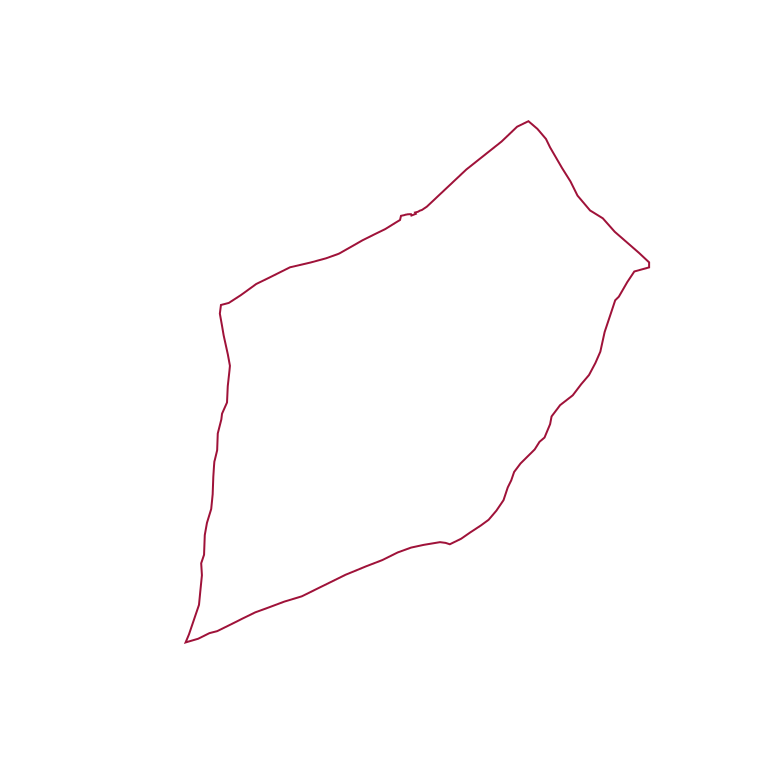 Akoko South West, Ondo, Nigeria (orthographic projection), rotated 334°
{"feature_id": "59680162B66461609617276", "entity_name": "Akoko South West", "entity_type": "district", "adm_level": 2, "iso_a3": "NGA", "parent_name": "Nigeria", "parent_adm1": "Ondo", "projection": "orthographic", "projection_center": [5.689, 7.401], "detail": "fine", "context": "isolated", "style": "outline", "palette": "rose", "viewbox_px": 768, "rotation_deg": 334, "n_neighbors": 0, "source": "geoboundaries", "source_scale": "gbopen_adm2", "svg_char_len": 1760}
<svg xmlns="http://www.w3.org/2000/svg" viewBox="0 0 768 768"><g transform="rotate(334 384 384)"><path d="M633.7,221.9L629.0,211.1L616.4,211.1L596.0,217.6L579.2,221.3L567.4,223.9L552.0,227.3L548.5,228.4L546.2,229.1L500.2,243.4L494.3,244.2L492.1,243.9L490.3,244.1L488.5,243.8L487.1,243.5L487.2,245.0L482.5,244.6L482.7,243.2L481.4,242.6L479.8,241.9L478.6,241.6L477.7,241.3L476.2,241.1L473.0,240.3L470.3,243.6L464.9,244.1L453.0,245.3L445.3,245.3L441.0,245.3L427.8,245.4L401.1,247.1L399.5,247.0L386.9,245.6L371.2,242.6L350.7,237.9L328.7,238.1L315.8,238.1L313.0,238.1L294.1,241.4L280.0,243.1L272.1,241.5L267.3,248.8L263.9,260.8L261.2,270.0L256.6,289.0L253.5,300.1L251.0,304.2L242.6,317.5L234.8,331.8L225.4,339.7L222.3,344.5L212.9,355.6L205.0,370.4L198.9,377.8L197.5,379.4L195.2,383.3L189.9,392.6L182.2,407.0L181.8,407.8L173.9,420.6L164.0,431.2L156.7,441.2L147.4,458.6L141.1,465.0L136.5,476.1L128.7,488.7L120.9,501.4L98.9,523.6L92.4,529.3L105.3,531.5L117.9,531.4L125.7,533.0L147.8,532.9L153.6,532.8L168.2,532.8L182.4,534.3L198.1,535.8L199.1,535.9L217.0,538.8L237.5,538.7L265.8,538.6L287.8,540.0L305.2,541.5L322.5,541.4L336.6,542.9L349.2,546.0L365.0,550.7L369.7,553.8L372.9,556.9L385.5,556.9L396.5,555.2L409.1,553.6L418.5,551.9L429.5,547.1L440.5,540.8L449.9,531.2L456.1,526.4L462.4,520.1L471.8,515.3L481.2,512.1L490.7,508.9L498.5,504.1L504.8,502.5L515.7,492.9L520.4,486.6L530.5,481.5L533.0,480.2L548.7,476.9L561.2,470.6L572.2,465.8L583.2,457.8L592.6,449.8L605.1,434.0L620.7,418.1L628.5,410.1L633.3,408.5L647.4,399.0L655.6,394.2L658.3,392.6L673.4,395.4L675.6,390.9L670.8,378.3L658.1,348.3L653.3,331.0L646.8,320.7L645.3,318.4L640.5,299.5L640.4,283.7L638.7,267.9L637.0,244.2L637.0,234.7L636.6,233.2L633.7,221.9Z" fill="none" stroke="#9f1239" stroke-width="2"/></g></svg>